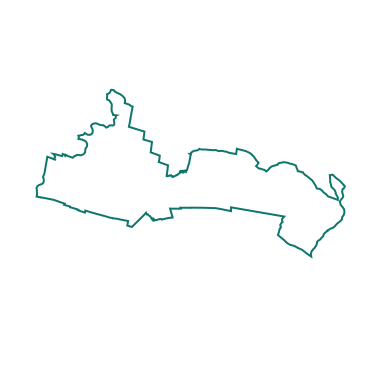 outline of Pastraveni, Neamt, Romania, rotated 221°
{"feature_id": "2599482B84258417369440", "entity_name": "Pastraveni", "entity_type": "district", "adm_level": 2, "iso_a3": "ROU", "parent_name": "Romania", "parent_adm1": "Neamt", "projection": "robinson", "projection_center": [26.551, 47.154], "detail": "fine", "context": "isolated", "style": "outline", "palette": "teal", "viewbox_px": 384, "rotation_deg": 221, "n_neighbors": 0, "source": "geoboundaries", "source_scale": "gbopen_adm2", "svg_char_len": 5986}
<svg xmlns="http://www.w3.org/2000/svg" viewBox="0 0 384 384"><g transform="rotate(221 192 192)"><path d="M59.7,221.5L60.8,222.4L61.9,223.7L63.0,226.2L62.7,227.5L63.0,228.3L62.7,230.4L63.0,231.1L62.9,231.9L63.3,233.5L64.1,235.5L64.5,235.8L64.9,236.8L64.7,238.4L64.0,240.5L64.2,241.0L64.2,242.2L64.0,244.5L64.0,244.8L64.3,245.2L64.9,246.8L64.8,248.6L64.4,250.8L64.1,251.3L64.6,251.6L64.1,253.3L63.8,253.6L63.4,255.2L61.9,258.0L61.9,259.5L61.6,260.2L61.8,261.5L61.8,262.4L61.6,263.6L61.7,264.1L61.2,265.5L60.9,268.1L60.9,269.7L61.3,270.4L61.7,270.7L62.1,271.4L62.3,272.7L62.3,273.3L62.4,274.0L63.4,276.4L65.5,278.5L66.4,278.9L68.6,279.4L71.1,279.8L71.8,280.1L72.8,280.9L74.1,281.6L74.4,283.1L74.6,286.4L74.8,287.5L75.1,288.0L75.8,288.7L76.7,289.1L79.0,290.8L80.2,293.1L79.8,294.5L79.8,295.1L80.2,295.9L80.3,296.4L80.5,296.6L86.2,297.3L88.6,297.4L92.1,297.1L97.2,297.3L99.1,295.2L95.5,291.7L94.1,290.0L92.6,289.2L90.1,287.3L86.0,287.1L83.3,286.0L82.7,285.4L82.6,285.1L78.4,283.6L76.8,281.7L83.7,279.0L84.6,278.7L86.2,278.0L86.6,277.9L89.3,278.3L92.5,278.0L94.2,278.4L97.6,278.2L100.1,276.5L102.9,277.9L106.7,279.0L107.7,279.4L108.8,279.6L116.0,279.4L116.5,279.3L117.2,279.0L120.3,279.3L121.4,279.6L122.1,278.8L123.1,278.8L125.6,277.2L125.9,277.1L126.4,277.6L127.0,278.0L128.9,278.8L130.7,280.0L131.4,280.0L134.0,279.1L135.7,278.3L137.0,277.5L139.7,276.5L142.5,274.5L143.1,273.8L143.4,273.1L145.0,271.5L145.6,269.8L145.3,269.0L145.8,268.3L145.8,267.8L146.8,266.7L146.9,266.3L147.3,265.8L148.4,264.0L148.9,262.6L149.1,260.9L149.0,257.9L149.5,256.7L149.4,256.3L149.5,256.2L151.7,256.3L154.2,255.0L155.6,254.6L156.6,253.8L157.3,253.6L159.2,253.5L160.6,253.6L160.5,254.1L160.6,255.7L160.9,257.0L160.9,257.7L164.4,258.1L167.0,258.9L168.5,259.2L171.5,259.5L173.7,259.4L177.6,258.4L181.4,256.6L184.5,255.0L186.5,254.1L183.6,249.6L189.4,246.1L192.6,244.9L194.2,243.8L195.2,243.4L196.2,242.8L197.7,241.6L197.9,241.1L199.3,240.1L201.2,239.4L202.2,238.8L202.6,238.3L202.7,238.0L211.0,231.9L211.9,231.0L212.7,230.4L214.3,229.3L214.6,229.4L215.2,227.1L217.5,224.3L218.0,223.1L218.1,222.5L218.5,220.7L217.6,219.8L218.3,219.3L217.8,219.3L217.4,219.1L213.4,212.4L212.5,210.5L211.9,208.8L210.6,206.3L210.1,204.9L210.3,204.8L210.4,204.3L210.0,203.5L210.4,203.6L210.9,204.0L211.1,204.0L211.5,203.4L211.4,203.0L211.0,202.8L210.8,202.5L211.1,202.4L211.9,202.7L212.3,202.5L212.6,202.2L212.5,201.8L211.4,200.9L211.5,200.7L212.1,200.6L212.8,201.3L213.5,201.3L213.8,201.1L213.7,200.9L213.0,200.3L212.6,200.2L213.1,199.7L214.0,200.1L214.5,200.1L214.6,199.6L214.2,198.9L213.7,198.5L213.9,198.0L213.9,197.6L214.0,196.6L214.3,196.1L214.2,195.7L214.4,195.4L214.5,194.9L214.9,194.6L214.9,193.6L215.1,193.4L215.5,192.7L215.6,192.3L216.0,191.9L215.9,191.5L216.4,190.6L216.7,190.5L217.2,191.0L217.6,191.1L218.5,191.0L218.6,190.4L219.1,190.4L220.0,189.7L220.0,189.0L220.5,188.4L220.8,188.3L220.9,187.8L221.3,187.4L221.7,187.4L222.5,188.8L227.6,196.4L236.8,192.8L237.8,194.8L238.9,196.5L240.2,198.3L249.2,194.8L255.0,203.5L263.1,199.8L267.5,206.4L282.4,199.8L285.4,205.2L286.2,206.5L286.3,206.4L292.8,217.5L294.1,216.9L296.6,216.8L301.1,215.0L301.5,215.8L302.0,216.6L303.3,217.9L304.5,218.5L305.5,218.7L307.6,218.9L309.9,218.8L315.2,217.3L316.0,217.2L316.3,217.4L317.2,217.3L317.6,217.5L318.3,217.3L319.9,216.3L320.1,215.9L319.3,213.5L319.3,212.9L319.5,211.7L320.3,210.0L319.2,209.1L317.5,206.7L316.8,206.2L316.3,206.2L314.6,206.8L314.1,206.8L310.3,205.7L308.8,204.1L307.9,202.7L306.6,201.2L305.3,200.1L303.0,199.1L302.2,198.4L299.4,200.2L299.6,199.8L299.3,199.4L298.5,198.5L298.2,197.8L298.5,196.1L298.5,195.5L298.3,195.1L296.5,193.7L295.3,192.4L295.0,191.8L294.9,191.1L295.2,190.4L295.7,190.0L297.5,188.7L298.1,187.5L298.1,186.5L298.2,186.0L298.9,184.4L300.1,184.5L301.2,184.3L302.6,184.3L304.8,182.6L305.5,182.3L309.4,181.0L310.0,180.5L311.7,178.2L311.8,176.2L311.4,175.6L311.1,175.3L308.1,174.0L307.6,173.6L306.6,172.5L305.9,171.4L305.8,170.0L306.2,168.6L307.9,167.0L309.1,166.6L311.7,166.2L311.5,164.5L311.7,163.7L312.2,162.9L313.0,162.3L313.4,161.4L314.6,160.1L314.7,159.9L313.8,159.5L313.3,159.0L312.5,157.5L309.2,159.6L308.3,159.6L307.1,160.3L305.0,160.4L303.7,160.0L302.4,159.2L301.5,158.0L301.1,157.1L300.9,155.6L300.9,155.1L300.5,154.2L299.3,152.7L298.8,151.9L298.6,150.3L298.9,148.7L299.8,147.0L300.5,146.4L303.0,144.7L303.3,144.3L303.4,143.4L303.7,142.7L304.2,142.1L304.5,139.6L310.6,137.2L310.8,137.5L312.0,137.1L311.6,136.1L312.9,136.3L314.5,135.9L314.1,135.1L313.7,133.8L320.4,130.6L321.8,129.7L320.7,129.7L319.8,129.5L318.2,128.6L318.1,127.1L318.0,126.8L317.3,126.6L315.7,126.7L317.5,126.3L324.3,123.7L323.5,122.2L323.0,121.6L315.5,109.1L314.3,105.6L312.3,104.4L311.0,103.0L310.7,102.5L310.3,101.4L310.3,100.4L310.7,99.3L312.1,96.6L312.4,95.6L312.4,94.6L312.1,93.1L310.6,91.9L308.0,89.3L307.3,88.4L306.3,86.6L302.1,88.9L302.2,89.1L291.3,95.3L280.4,99.7L280.1,98.4L274.6,101.0L274.1,100.5L267.2,103.7L266.9,103.3L265.6,104.0L265.3,103.7L259.3,106.2L260.3,108.0L254.8,110.4L239.7,117.7L237.6,118.5L234.9,120.2L234.6,120.1L233.7,120.8L230.4,123.0L228.8,123.8L221.1,128.2L218.8,124.2L214.4,126.2L213.4,139.6L213.1,143.9L213.1,146.2L211.4,145.4L210.9,145.8L210.8,146.1L210.7,146.2L209.7,145.9L207.4,146.2L205.5,145.6L204.8,145.3L202.5,144.9L202.0,145.3L202.4,145.9L203.1,146.5L201.8,146.5L201.1,146.7L200.6,147.2L200.3,147.9L199.0,149.7L198.4,150.8L197.8,151.2L196.7,151.3L196.3,152.2L195.1,153.6L194.6,154.5L191.9,157.9L189.9,160.0L197.6,165.1L189.5,172.1L190.4,172.6L182.4,179.4L182.5,179.5L176.9,184.3L172.2,188.3L164.7,194.4L163.3,195.5L157.4,199.0L150.0,203.2L152.5,206.0L106.3,234.0L106.3,230.6L105.1,229.4L104.0,228.8L104.2,228.2L104.0,225.9L103.7,224.9L102.4,224.2L101.6,223.4L101.8,223.0L101.6,222.7L101.7,221.8L101.1,221.0L100.8,220.0L100.0,218.5L98.9,215.9L92.7,216.1L90.5,216.1L87.4,215.9L85.7,216.0L83.2,216.6L82.2,217.0L80.8,217.8L78.6,218.6L78.4,218.8L77.4,218.8L76.1,219.2L75.5,219.1L75.1,219.4L72.8,220.0L71.2,220.6L64.7,220.9L59.7,221.5Z" fill="none" stroke="#0f766e" stroke-width="2"/></g></svg>